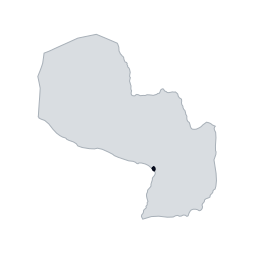 Asunción on a map of Paraguay (Robinson projection), rotated 349°
{"feature_id": "PRY-4837", "entity_name": "Asunción", "entity_type": "Capital District", "adm_level": 1, "iso_a3": "PRY", "parent_name": "Paraguay", "parent_adm1": "", "projection": "robinson", "projection_center": [-57.605, -25.319], "detail": "fine", "context": "in_parent", "style": "filled", "palette": "ink", "viewbox_px": 256, "rotation_deg": 349, "n_neighbors": 0, "source": "natural_earth", "source_scale": "10m", "svg_char_len": 3373}
<svg xmlns="http://www.w3.org/2000/svg" viewBox="0 0 256 256"><g transform="rotate(349 128 128)"><path d="M133.9,50.8L134.4,52.5L134.7,53.9L135.4,54.8L136.0,56.1L136.7,56.8L137.2,57.9L137.1,59.3L137.3,61.0L137.7,62.5L138.0,62.9L139.0,63.3L139.5,64.6L139.1,65.3L139.3,66.1L139.6,66.9L139.3,67.6L139.5,68.2L140.1,68.7L140.7,70.6L140.8,73.8L140.1,75.5L139.6,76.9L139.4,77.8L139.9,79.0L139.2,80.5L138.4,82.3L138.6,83.6L138.7,84.8L138.8,86.0L139.0,87.2L138.7,88.4L138.4,89.5L138.3,90.8L138.6,92.2L138.0,93.5L137.7,94.5L137.6,95.4L138.2,96.9L139.7,97.5L140.9,97.7L142.1,96.9L143.0,96.7L144.6,97.4L146.1,98.6L148.0,98.8L149.7,99.0L151.0,99.4L152.9,99.0L154.8,99.4L157.1,100.1L159.0,100.8L160.9,100.6L162.4,100.5L163.8,99.8L165.3,99.9L166.4,98.6L167.0,97.5L167.5,96.8L169.1,96.1L170.2,96.5L171.0,98.6L172.6,99.7L173.2,100.6L174.3,101.0L176.9,101.1L178.4,101.0L180.2,101.6L181.3,101.6L182.3,102.7L183.3,104.1L183.4,106.5L184.3,108.4L185.4,109.1L186.0,110.2L185.8,111.9L185.3,113.5L185.3,115.3L186.0,117.0L185.9,118.6L186.3,120.3L187.2,121.7L187.4,124.0L187.3,125.6L187.8,126.6L188.0,127.9L187.7,129.0L187.5,130.5L187.6,131.8L188.0,132.9L189.2,134.3L189.5,136.8L189.5,138.6L190.1,140.6L191.1,141.5L192.7,141.9L194.6,142.2L196.9,141.7L198.9,141.1L200.1,140.6L202.3,139.1L204.3,138.2L205.3,137.7L206.2,137.3L208.2,138.2L210.0,139.4L211.4,141.1L214.0,142.9L213.5,143.3L212.5,144.8L212.5,146.5L213.2,149.0L212.5,154.3L210.4,162.3L209.6,167.0L209.9,168.3L209.2,170.7L206.3,175.7L206.2,179.1L205.8,189.3L204.8,196.5L203.2,201.8L201.8,204.6L200.5,205.0L199.5,205.8L199.0,207.2L197.9,208.3L196.4,209.2L195.6,210.2L195.4,211.3L194.0,211.9L191.2,212.3L189.5,213.1L189.0,214.5L188.1,215.6L186.7,216.5L186.0,217.8L186.1,219.7L185.3,221.4L183.6,222.7L182.1,222.8L180.7,221.5L178.8,220.6L176.5,220.2L174.5,220.5L173.0,221.6L171.6,223.3L170.3,225.6L169.0,226.0L167.5,224.5L165.6,224.0L163.4,224.6L161.5,224.4L160.2,223.3L158.1,223.2L155.3,224.0L149.7,223.1L141.2,220.4L133.9,219.4L125.1,220.3L124.3,217.5L124.8,216.0L126.2,214.9L127.1,213.6L127.5,212.1L128.5,211.0L130.1,210.3L130.8,209.5L130.6,208.7L130.9,208.1L131.8,207.5L132.4,206.5L132.5,205.2L132.8,204.6L133.5,204.1L133.5,203.2L133.2,200.5L133.2,198.2L133.6,196.5L134.2,195.4L134.6,195.1L134.9,194.5L135.1,193.5L135.7,192.5L138.5,190.4L139.6,189.3L139.6,188.3L140.1,187.0L141.7,184.1L142.3,182.7L142.3,182.0L142.9,181.3L144.9,179.7L146.0,178.1L146.2,176.7L145.7,175.1L144.6,173.3L140.9,168.7L138.1,166.6L134.5,164.9L132.2,164.4L131.0,165.0L129.9,164.5L128.7,163.0L126.7,161.7L122.5,160.4L113.1,155.1L109.3,152.5L108.0,150.9L104.5,148.1L98.7,144.0L94.2,142.0L91.1,142.1L86.1,140.9L79.3,138.4L75.3,136.0L74.3,133.6L71.7,131.2L67.7,128.9L65.6,127.3L65.5,126.6L64.3,125.6L62.0,124.4L59.6,122.4L56.9,119.4L54.1,114.9L51.0,108.8L47.7,104.7L44.2,102.6L42.5,101.2L42.5,100.5L42.0,99.9L42.4,98.7L43.6,94.1L45.4,87.3L47.3,80.4L49.4,72.2L49.4,66.4L49.3,60.2L52.5,55.2L54.7,51.6L56.6,48.2L58.6,42.4L59.9,38.5L64.9,37.6L73.5,35.5L77.7,34.5L86.7,32.4L95.9,30.2L105.5,30.1L114.8,30.0L122.0,34.8L127.5,38.5L133.5,42.6L133.9,43.5L134.4,46.9L133.9,50.8Z" fill="#d9dde1" stroke="#a8b0b8" stroke-width="1"/><path d="M145.5,175.0L144.6,174.3L144.6,174.0L144.0,172.3L144.4,171.8L144.7,171.5L145.0,171.4L145.5,171.2L145.8,171.0L146.3,171.5L146.6,172.1L146.7,173.0L146.5,174.0L146.0,174.6L145.5,175.0Z" fill="#0f172a" stroke="#020617" stroke-width="1.5"/></g></svg>